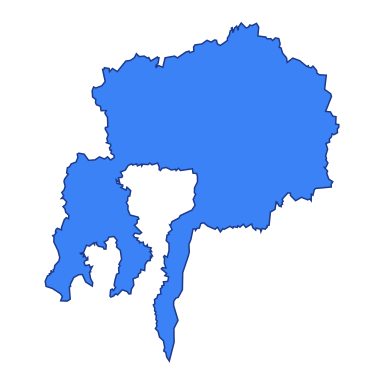 Valparaíso, Zacatecas, Mexico
{"feature_id": "50627088B82719227645546", "entity_name": "Valparaíso", "entity_type": "district", "adm_level": 2, "iso_a3": "MEX", "parent_name": "Mexico", "parent_adm1": "Zacatecas", "projection": "equal_earth", "projection_center": [-103.872, 22.665], "detail": "fine", "context": "isolated", "style": "filled", "palette": "blue", "viewbox_px": 384, "rotation_deg": 0, "n_neighbors": 0, "source": "geoboundaries", "source_scale": "gbopen_adm2", "svg_char_len": 5906}
<svg xmlns="http://www.w3.org/2000/svg" viewBox="0 0 384 384"><path d="M47.5,275.9L45.2,281.4L46.1,286.4L52.3,288.4L60.5,293.7L62.3,296.6L60.7,300.8L67.2,301.1L70.2,299.2L69.3,287.0L70.6,286.4L70.3,284.4L73.7,277.5L78.8,274.7L82.3,274.5L85.8,282.1L92.3,286.1L92.7,282.6L90.7,279.0L89.4,272.5L90.7,271.8L90.1,271.1L92.3,266.5L90.3,267.4L89.2,264.8L85.3,265.7L84.1,262.7L85.1,260.7L87.8,259.9L87.7,257.6L87.3,258.1L86.6,258.7L84.7,255.7L82.8,257.4L84.3,254.5L83.8,253.7L81.2,254.2L80.3,253.3L83.6,252.3L86.5,245.3L89.6,246.1L93.4,243.0L94.6,244.7L95.0,242.7L96.6,242.4L96.8,244.6L98.5,246.3L103.1,247.1L104.0,249.0L105.9,249.1L106.2,244.8L104.1,242.1L107.7,240.0L108.7,237.2L113.9,236.5L117.2,240.4L115.9,242.6L117.1,244.8L116.5,246.9L120.3,250.3L121.6,259.2L118.9,264.4L120.0,265.7L118.6,267.8L119.0,273.1L116.6,274.3L115.2,279.4L114.1,285.3L115.6,287.5L113.3,290.5L112.2,289.0L110.6,289.9L110.0,296.1L110.8,297.1L113.5,296.1L115.6,293.9L117.6,294.9L122.3,289.8L127.2,291.6L128.8,293.9L130.8,293.8L131.4,289.1L133.8,285.2L133.1,278.9L138.1,276.8L138.4,274.0L140.6,272.6L140.8,269.5L144.6,270.6L145.1,264.5L147.5,260.9L150.3,260.5L150.2,258.2L151.5,257.7L150.4,256.3L152.5,256.0L149.9,251.7L151.6,251.6L150.3,249.5L151.2,247.9L147.3,246.9L147.3,244.9L145.7,246.4L143.9,245.2L143.2,242.1L139.5,242.8L139.6,241.4L136.9,240.0L137.9,238.1L134.7,237.5L133.2,235.5L134.9,233.1L139.7,234.1L141.6,232.6L134.4,225.3L137.1,223.1L137.2,219.9L138.9,218.9L138.1,217.1L130.1,215.0L127.8,209.5L128.1,205.8L126.2,202.4L127.7,200.6L127.7,197.6L128.4,196.0L129.7,196.1L130.7,190.6L126.9,187.2L126.0,190.1L120.9,187.5L122.8,186.3L122.7,185.0L116.9,183.3L116.3,179.8L119.7,182.8L118.5,177.7L121.8,177.4L122.6,176.0L120.5,172.0L125.3,170.1L128.2,165.4L131.7,163.9L132.7,165.1L136.7,163.8L137.4,165.9L141.2,164.2L141.7,166.0L142.7,164.2L148.1,164.6L149.7,163.1L152.0,164.8L157.6,163.1L159.3,167.1L159.1,169.6L160.4,170.5L162.2,168.2L166.2,167.5L171.4,170.0L175.5,169.3L176.1,170.6L178.5,168.3L180.4,170.5L192.4,168.8L193.0,173.2L196.6,173.5L197.4,176.1L197.5,181.8L194.5,187.9L194.4,192.7L195.7,194.2L193.2,199.3L195.1,205.2L191.9,210.1L180.3,215.5L178.9,218.1L172.0,221.6L170.6,225.3L169.9,225.0L172.1,229.7L168.3,232.7L168.9,234.5L167.1,235.0L166.2,240.6L169.0,243.3L169.0,250.8L167.3,257.2L164.5,255.6L163.6,256.9L164.5,258.5L164.3,263.3L166.0,267.9L162.4,267.6L161.3,268.9L166.7,273.4L164.8,275.7L168.5,276.7L168.3,278.6L167.7,281.4L163.4,281.8L164.1,285.2L161.8,285.9L162.2,287.4L160.3,288.8L161.0,294.0L157.9,294.7L156.9,298.0L154.5,299.5L154.9,303.7L153.3,304.9L154.8,308.2L154.6,310.9L155.9,311.9L155.1,314.3L156.4,315.5L155.9,319.7L157.4,321.4L156.3,323.2L157.0,325.8L155.4,328.7L158.0,331.2L159.5,337.1L163.4,340.8L164.7,347.6L163.7,350.9L165.8,352.4L166.7,357.0L169.3,361.0L174.1,342.2L173.9,328.5L178.0,320.3L173.6,305.5L173.7,301.3L175.8,298.1L178.2,297.4L182.4,289.7L182.7,272.6L188.5,255.4L189.3,251.7L188.9,244.4L190.9,239.4L193.0,229.0L195.3,229.0L195.5,230.4L197.1,228.3L199.3,228.1L200.8,223.5L203.8,222.8L207.6,226.0L215.1,229.3L217.4,227.2L220.4,231.9L222.8,228.7L224.1,229.3L230.1,226.3L232.8,228.1L233.5,226.7L237.3,227.4L237.8,225.8L240.0,227.1L243.3,224.2L245.9,227.4L251.6,224.0L252.9,227.8L255.7,230.1L256.1,228.1L260.4,229.2L260.9,231.7L262.2,228.5L265.2,229.2L267.2,227.1L267.1,225.6L269.1,225.2L270.4,212.1L275.0,209.4L276.1,202.3L277.2,204.0L276.6,201.6L279.3,206.1L281.2,206.6L281.0,205.3L282.5,204.2L282.0,202.2L283.1,201.4L282.2,199.1L287.9,192.9L290.4,193.1L290.5,195.5L295.6,200.7L301.4,197.3L307.7,199.8L309.8,199.0L311.2,200.7L311.3,194.2L312.9,195.3L314.3,189.7L315.8,188.4L331.3,187.0L331.1,184.4L332.8,181.7L328.8,179.2L326.7,173.3L327.6,171.1L324.3,167.3L326.1,166.9L327.9,162.9L325.8,159.8L326.5,158.8L325.7,155.6L327.6,149.2L325.9,143.5L329.6,142.1L329.3,139.1L331.4,136.9L332.1,133.9L333.9,134.7L337.5,132.7L337.3,129.0L338.8,127.2L338.8,124.6L335.7,124.1L336.0,116.7L332.8,116.2L330.4,111.9L325.6,111.4L331.5,96.4L330.6,93.7L324.6,89.4L326.3,75.2L319.4,74.8L317.0,73.2L316.6,70.5L313.0,66.1L310.9,67.9L307.8,66.7L308.1,65.9L306.7,66.4L299.7,60.7L292.8,58.1L287.2,62.4L286.5,57.8L282.7,53.4L281.0,47.9L279.3,47.4L280.1,43.7L278.8,38.6L275.4,37.9L272.6,40.5L270.9,38.7L267.1,38.8L265.7,37.0L257.9,36.0L258.7,27.1L256.5,23.4L252.0,25.6L249.8,25.0L248.4,27.2L246.0,27.9L241.2,23.0L238.5,27.0L238.2,30.4L236.7,26.1L234.5,28.1L233.0,32.7L232.2,27.7L231.3,28.2L232.2,29.8L230.3,30.7L229.3,35.2L227.4,38.0L227.4,40.5L220.3,45.5L217.3,43.8L216.5,40.4L214.7,39.9L211.1,42.1L207.0,40.3L201.8,44.0L195.0,44.9L193.6,47.0L193.8,51.2L189.9,52.7L189.0,51.1L185.8,52.1L177.4,57.9L174.6,56.1L165.1,57.8L162.8,67.3L158.2,65.4L156.3,67.4L155.6,66.0L158.1,63.0L159.0,57.8L156.8,57.8L158.1,56.6L150.7,61.0L148.8,57.5L147.6,58.2L144.2,56.1L139.3,56.6L136.4,53.7L134.4,57.7L130.5,60.4L125.9,61.0L117.3,71.6L112.5,68.5L109.5,71.7L109.1,68.5L104.4,67.7L103.9,69.4L102.6,69.4L105.2,81.5L101.8,85.8L95.8,88.0L93.6,87.0L92.2,90.6L92.6,97.0L95.8,99.5L95.5,102.7L96.5,104.8L100.4,106.2L101.1,110.7L106.2,110.6L104.9,113.1L107.5,117.5L107.8,126.9L105.4,127.5L105.2,128.9L108.3,134.8L106.8,138.6L107.8,141.8L106.5,142.7L110.6,144.2L110.8,146.0L109.4,148.0L110.2,150.2L111.4,150.1L111.0,153.4L113.9,155.1L114.3,157.5L110.6,160.0L107.6,156.8L104.5,159.0L99.5,156.9L94.9,159.9L88.6,160.3L84.2,154.2L78.8,153.2L77.2,154.1L77.9,157.5L76.0,162.1L71.3,163.8L69.4,166.9L67.4,167.7L66.6,173.0L68.3,174.1L64.5,179.3L64.0,181.7L65.2,186.2L64.1,189.9L61.8,192.5L63.7,195.9L61.4,198.5L63.4,198.4L66.6,201.8L65.5,204.8L63.0,206.6L64.9,208.7L65.7,212.3L68.8,215.3L68.6,218.7L66.2,217.7L64.3,219.7L61.5,227.5L61.6,229.9L57.3,228.3L56.0,229.6L55.4,231.9L56.2,232.3L55.2,234.1L53.4,235.9L52.2,235.2L54.0,237.0L53.8,241.9L58.0,250.6L59.7,257.1L59.0,260.9L54.8,265.5L54.3,268.8L53.1,269.9L53.6,271.6L51.3,272.2L51.3,270.9L51.0,270.9L50.9,273.6L49.4,273.7L49.7,274.9L47.5,275.9Z" fill="#3b82f6" stroke="#1e3a8a" stroke-width="1.5"/></svg>